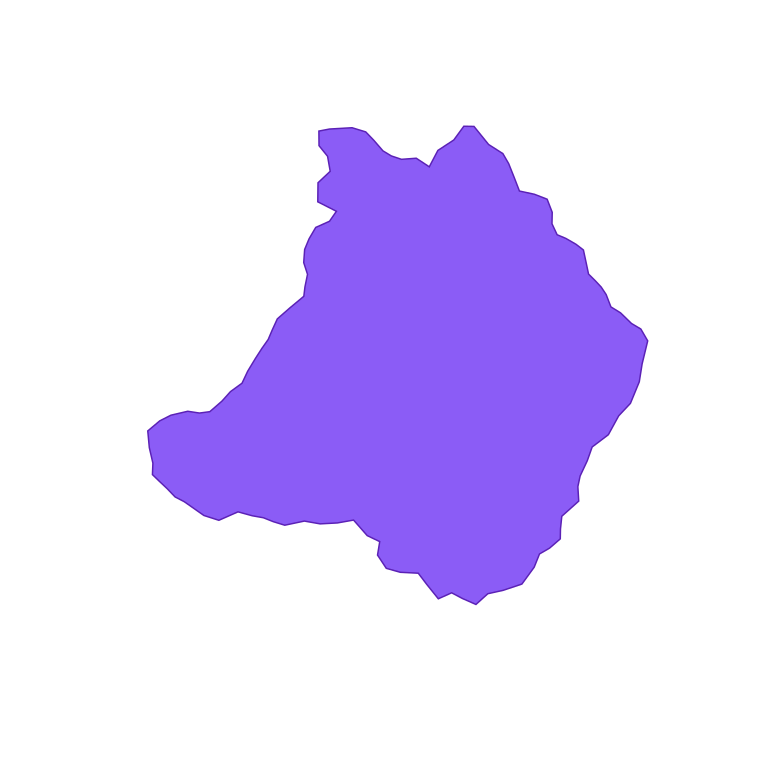 Itobi, São Paulo, Brazil (Equal Earth projection), rotated 54°
{"feature_id": "56859067B58801249909217", "entity_name": "Itobi", "entity_type": "district", "adm_level": 2, "iso_a3": "BRA", "parent_name": "Brazil", "parent_adm1": "São Paulo", "projection": "equal_earth", "projection_center": [-46.929, -21.758], "detail": "fine", "context": "isolated", "style": "filled", "palette": "violet", "viewbox_px": 768, "rotation_deg": 54, "n_neighbors": 0, "source": "geoboundaries", "source_scale": "gbopen_adm2", "svg_char_len": 1562}
<svg xmlns="http://www.w3.org/2000/svg" viewBox="0 0 768 768"><g transform="rotate(54 384 384)"><path d="M283.1,602.7L297.6,611.3L312.2,617.5L321.2,624.6L330.9,622.9L340.9,621.0L352.6,619.4L361.8,614.8L384.5,607.0L397.2,597.7L401.6,577.3L413.2,568.0L421.3,560.2L430.3,554.5L439.9,547.3L448.1,529.0L459.6,517.9L469.0,503.4L476.2,488.6L496.8,486.7L509.0,480.1L518.6,489.8L534.5,490.5L545.9,481.5L557.2,467.5L571.4,467.2L589.7,466.3L592.7,452.0L603.7,446.6L616.4,439.2L614.7,423.3L621.0,408.8L626.9,390.0L620.5,370.2L612.9,358.1L614.1,346.5L612.9,332.4L605.1,326.5L595.5,317.9L593.2,295.3L581.0,287.5L573.7,279.4L565.6,264.7L557.3,252.6L556.9,232.3L547.7,212.8L544.5,196.0L532.3,176.2L519.5,163.4L504.1,145.3L490.5,143.9L480.5,148.2L465.5,150.8L455.0,155.1L442.2,151.7L433.2,151.3L424.5,152.4L415.3,153.9L404.1,148.9L392.8,143.9L383.9,146.5L373.1,151.3L365.0,156.2L353.1,153.9L344.0,147.0L330.4,143.4L318.9,150.8L307.5,161.0L293.2,157.2L279.0,153.6L267.5,152.4L251.7,158.6L228.5,159.8L222.4,167.9L227.6,184.1L226.7,203.1L234.9,219.7L220.3,225.2L212.5,237.8L203.8,244.0L194.8,247.8L180.8,249.0L169.3,250.6L157.9,259.2L145.7,278.2L141.1,288.0L153.0,296.5L166.6,295.8L180.3,302.5L182.4,319.1L197.7,330.5L216.3,321.0L220.3,332.4L217.2,347.2L222.5,359.3L228.5,369.1L238.6,377.6L250.3,381.4L259.0,390.9L265.9,397.3L267.1,415.4L268.6,432.0L274.8,443.0L279.9,451.5L283.4,461.8L287.7,472.9L293.5,486.7L299.9,498.4L299.9,512.6L302.6,525.2L304.0,541.2L299.0,550.4L290.7,558.8L284.0,574.7L282.0,587.0L283.1,602.7Z" fill="#8b5cf6" stroke="#5b21b6" stroke-width="1.5"/></g></svg>